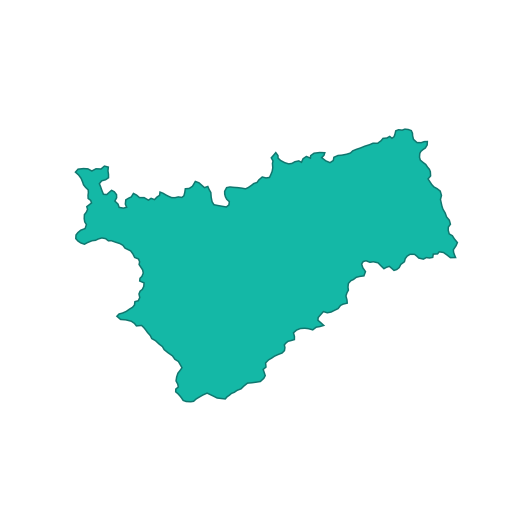 outline of Divinópolis, Minas Gerais, Brazil, rotated 283°
{"feature_id": "56859067B25101744312277", "entity_name": "Divinópolis", "entity_type": "district", "adm_level": 2, "iso_a3": "BRA", "parent_name": "Brazil", "parent_adm1": "Minas Gerais", "projection": "natural_earth1", "projection_center": [-44.923, -20.113], "detail": "fine", "context": "isolated", "style": "filled", "palette": "teal", "viewbox_px": 512, "rotation_deg": 283, "n_neighbors": 0, "source": "geoboundaries", "source_scale": "gbopen_adm2", "svg_char_len": 4893}
<svg xmlns="http://www.w3.org/2000/svg" viewBox="0 0 512 512"><g transform="rotate(283 256 256)"><path d="M320.9,233.0L319.1,230.7L318.9,226.7L318.5,222.7L317.9,219.1L317.4,215.1L316.0,212.0L312.0,210.9L309.2,211.6L306.8,212.9L304.7,214.7L302.9,217.8L299.7,218.1L297.1,216.1L296.8,211.4L296.6,207.3L296.5,203.5L299.0,201.0L303.2,199.1L307.7,197.7L310.4,195.2L312.9,193.4L311.0,190.4L312.8,187.1L314.5,184.0L315.0,180.1L312.4,179.3L309.6,178.4L306.8,175.7L305.6,172.0L301.9,172.3L298.4,172.2L296.4,170.6L296.1,167.0L294.6,164.0L293.9,160.7L294.5,157.3L295.2,154.5L296.2,151.4L296.7,148.1L293.4,148.4L291.1,146.2L288.1,144.4L288.6,140.8L286.2,138.6L287.7,133.9L286.7,129.3L288.5,125.9L289.4,122.5L285.5,121.2L283.8,119.0L281.4,116.5L277.2,117.0L274.4,119.0L272.8,116.1L272.6,111.7L275.5,109.9L277.8,106.1L281.4,107.1L284.4,106.3L286.7,103.5L287.5,100.5L284.9,98.6L282.3,96.8L281.8,93.5L285.2,91.1L288.8,88.8L291.2,87.1L294.5,88.7L296.5,92.3L299.1,94.7L302.4,93.9L305.6,92.6L309.4,92.1L309.5,88.1L305.9,85.4L305.0,80.5L301.9,76.9L303.1,72.6L302.4,68.3L300.6,63.1L297.1,61.2L295.0,65.0L292.2,68.2L288.8,70.6L286.6,71.9L284.6,74.4L282.7,77.6L280.1,78.4L277.3,78.7L274.3,79.5L273.0,82.4L270.7,83.8L268.2,81.8L266.0,80.0L263.6,81.4L260.5,80.8L257.7,79.5L253.8,80.2L250.8,81.4L248.4,83.7L244.3,83.3L241.7,79.4L238.8,77.2L236.0,75.9L232.4,76.5L230.5,79.2L229.3,82.4L228.9,86.2L231.1,88.7L234.0,92.8L235.2,96.1L237.2,98.6L238.9,101.7L239.1,105.5L237.6,108.8L238.4,111.6L237.9,115.7L237.5,120.6L236.5,123.9L234.2,126.6L232.8,132.7L230.3,135.6L227.3,138.1L226.7,142.1L224.2,143.9L221.4,144.0L219.3,146.2L216.9,148.7L214.0,150.0L210.4,149.4L208.2,148.0L205.5,148.3L204.6,153.0L201.1,153.5L197.8,152.7L195.7,151.0L192.7,150.5L189.3,152.1L185.9,151.3L184.3,148.3L180.8,148.6L178.2,147.2L175.9,144.8L172.8,142.0L170.4,138.8L168.7,135.6L166.0,134.0L163.7,138.3L164.5,143.5L164.4,149.2L163.0,152.7L161.0,155.2L162.6,160.1L161.1,162.7L159.2,165.1L157.0,167.6L154.7,170.9L152.1,173.0L150.9,177.1L148.4,181.4L146.7,185.2L144.1,187.6L142.0,191.9L139.9,197.1L137.1,200.2L135.8,204.1L133.0,206.7L130.5,209.0L127.7,207.9L124.3,206.3L120.3,205.9L116.3,206.2L113.5,208.6L110.9,209.8L108.3,207.8L105.6,208.3L104.2,211.0L102.6,213.3L100.9,215.4L98.9,217.5L98.5,220.7L99.3,225.2L100.4,227.9L103.3,229.9L106.2,232.9L108.7,235.6L111.4,239.2L110.8,242.0L109.9,246.0L108.9,250.0L109.3,253.9L109.8,258.2L112.3,259.5L114.4,261.4L116.6,263.0L118.3,265.5L120.9,267.9L123.2,271.3L126.5,273.4L130.2,276.3L131.6,280.6L133.0,284.3L134.7,288.5L138.5,291.1L141.5,291.9L144.0,290.4L147.1,288.5L150.0,290.7L154.0,289.4L157.6,291.6L160.1,294.3L162.5,296.5L164.9,299.6L167.4,303.3L170.2,305.0L173.2,304.8L175.8,303.6L178.0,304.8L180.1,306.4L181.5,309.2L183.2,312.2L186.1,311.6L189.6,309.8L192.9,312.1L195.3,315.5L196.6,319.8L197.0,323.5L196.8,327.9L200.2,330.7L201.6,334.1L203.6,337.6L205.6,334.1L207.3,330.8L210.0,330.4L212.3,331.6L214.5,332.8L217.0,334.2L216.7,338.2L218.3,341.8L220.4,344.3L223.2,347.8L226.9,349.5L228.7,351.7L230.6,355.5L233.7,354.5L237.3,352.6L240.7,352.9L243.5,353.7L246.4,352.6L250.1,352.2L253.2,353.9L255.1,356.3L257.8,358.5L259.4,361.6L260.9,365.6L265.4,366.2L268.6,362.7L272.0,360.7L274.8,361.8L276.1,364.3L275.5,368.4L276.8,371.6L276.8,376.5L274.5,380.0L272.4,383.5L274.3,385.6L275.9,388.2L274.6,390.8L273.0,393.7L274.5,396.2L276.9,398.1L280.4,399.0L283.8,401.9L287.0,402.0L289.9,403.3L292.3,405.7L293.3,410.1L292.1,412.6L290.6,415.1L290.6,419.8L292.8,422.3L293.1,425.5L294.4,428.5L297.7,428.3L298.9,432.4L301.3,433.6L301.6,437.9L299.9,442.0L298.1,445.8L299.4,450.8L301.8,449.1L304.0,447.7L306.5,446.9L311.0,448.6L314.4,449.2L317.4,445.3L319.9,442.8L321.0,439.3L324.3,437.5L327.5,436.9L330.7,438.3L334.4,436.3L336.9,432.9L340.4,430.7L343.8,427.5L346.7,425.8L349.0,424.7L352.6,423.0L356.7,423.1L360.7,420.9L362.4,417.2L363.3,413.9L365.2,411.1L367.7,408.5L369.8,406.3L373.3,408.1L377.4,406.9L379.5,405.4L381.2,403.1L383.4,400.8L384.8,397.6L386.4,394.5L389.0,393.1L392.7,392.5L395.0,393.1L397.3,394.8L399.3,396.7L402.7,397.8L406.1,397.2L405.3,394.2L403.6,391.5L402.7,387.4L405.1,383.2L408.3,381.6L410.9,380.8L413.1,379.1L413.5,375.9L413.1,372.5L411.5,370.1L411.1,366.5L409.4,364.0L406.2,364.0L403.3,363.7L401.3,362.0L402.6,359.4L400.4,357.0L399.2,353.3L396.4,351.9L393.2,349.2L392.2,344.6L390.1,341.8L387.4,337.2L384.7,333.4L382.5,329.8L380.2,326.6L377.6,324.9L375.6,321.5L373.5,316.8L372.4,313.3L369.7,309.7L366.4,309.8L363.6,307.1L364.4,302.6L366.6,297.9L369.5,299.6L372.1,299.8L371.2,294.9L369.2,289.4L366.1,286.7L363.6,287.0L364.3,282.7L361.4,280.0L357.5,279.2L358.3,276.3L356.6,272.7L354.3,270.2L353.1,267.1L353.4,263.0L354.6,258.5L356.3,255.5L358.8,254.8L361.2,252.0L359.0,250.9L355.1,248.8L352.4,251.2L349.8,251.2L345.8,252.5L342.1,252.7L339.0,252.2L335.6,251.5L334.3,248.2L334.4,244.3L330.7,241.6L327.9,240.5L326.1,237.5L323.7,235.6L320.9,233.0Z" fill="#14b8a6" stroke="#0f766e" stroke-width="1.5"/></g></svg>